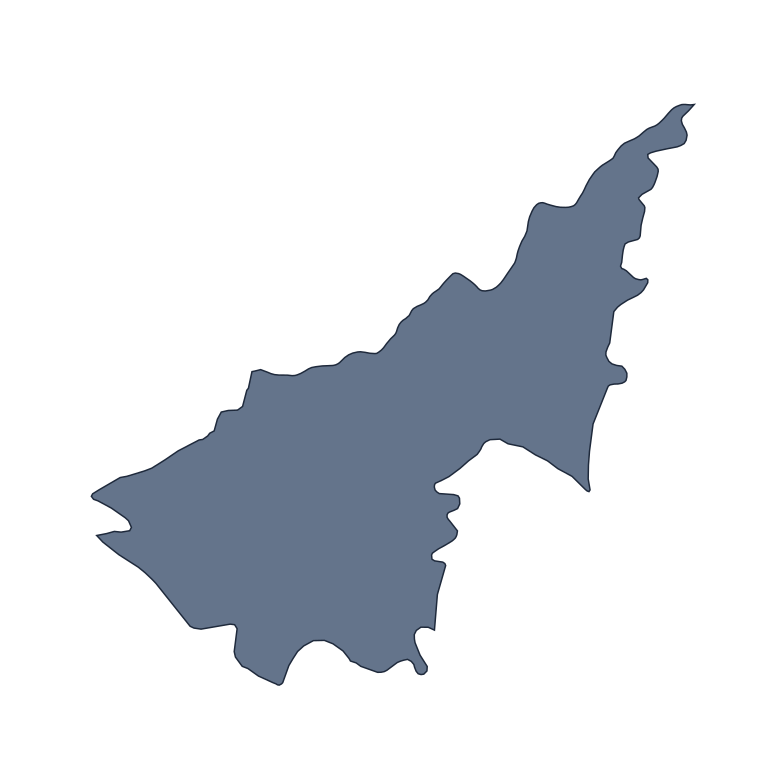 the district of Pajapita, San Marcos, Guatemala, rotated 186°
{"feature_id": "79465075B67367283540012", "entity_name": "Pajapita", "entity_type": "district", "adm_level": 2, "iso_a3": "GTM", "parent_name": "Guatemala", "parent_adm1": "San Marcos", "projection": "mercator", "projection_center": [-92.076, 14.718], "detail": "fine", "context": "isolated", "style": "filled", "palette": "slate", "viewbox_px": 768, "rotation_deg": 186, "n_neighbors": 0, "source": "geoboundaries", "source_scale": "gbopen_adm2", "svg_char_len": 5025}
<svg xmlns="http://www.w3.org/2000/svg" viewBox="0 0 768 768"><g transform="rotate(186 384 384)"><path d="M104.7,694.4L108.2,693.6L111.5,693.5L113.5,693.5L115.4,693.3L117.1,693.0L118.9,692.2L122.2,690.5L124.5,688.9L126.6,686.8L129.6,682.8L133.0,677.8L134.8,675.5L137.6,672.2L139.6,670.3L141.7,668.8L144.0,667.7L147.0,666.2L149.3,664.6L152.1,661.8L156.2,657.4L158.3,655.7L160.6,654.0L165.4,651.3L170.0,648.6L173.0,645.6L174.3,643.7L176.1,641.0L177.7,638.2L178.3,636.4L178.9,634.6L179.9,632.4L182.0,630.5L184.2,628.7L189.5,624.6L191.5,622.7L193.5,620.5L196.5,617.1L198.1,614.4L201.1,608.9L203.8,602.3L205.1,598.4L206.5,594.7L208.2,591.4L209.7,588.2L211.4,584.3L212.6,582.5L214.0,581.1L216.3,580.0L218.9,579.1L222.0,578.6L227.0,578.2L231.4,578.4L237.2,579.3L240.9,580.0L243.0,580.6L245.0,580.9L246.7,580.7L249.0,579.9L250.9,578.3L253.3,575.0L254.8,571.4L256.6,565.6L257.4,560.7L257.8,551.3L258.5,548.8L259.5,545.5L261.8,540.5L263.5,535.0L264.6,530.4L265.1,527.2L265.5,523.0L266.2,519.8L266.7,518.0L269.7,512.4L272.7,506.9L274.7,503.1L276.2,500.3L278.4,496.7L280.4,494.2L282.4,492.0L285.9,489.4L287.9,488.5L292.9,487.1L296.2,487.0L298.3,487.6L300.5,489.1L301.7,490.3L303.9,492.1L306.0,493.6L309.1,495.6L312.4,497.4L316.4,499.6L319.3,501.0L321.3,501.6L324.7,501.8L327.0,500.9L328.1,499.6L329.2,498.3L332.8,493.7L334.8,491.0L336.1,489.1L337.4,487.0L339.2,484.3L341.8,482.0L344.2,480.0L345.7,478.4L347.6,475.7L348.4,473.9L349.2,472.2L351.2,469.7L352.8,468.3L356.1,466.3L359.1,464.7L362.7,462.0L364.2,459.7L365.4,456.5L366.2,454.6L367.4,453.4L369.2,451.4L371.6,449.5L373.4,447.5L375.1,444.8L376.3,441.2L377.0,437.6L377.6,435.6L378.7,433.7L382.1,429.7L385.6,424.5L388.2,420.0L390.1,417.5L392.4,415.3L394.4,413.7L396.2,413.3L401.3,413.1L406.0,413.5L410.8,413.6L413.6,413.1L418.3,411.5L422.2,409.3L425.8,406.2L428.0,403.5L430.4,400.6L431.9,399.3L434.0,398.0L436.6,397.1L443.2,396.1L447.3,395.5L453.4,394.1L457.7,392.8L460.7,391.1L463.9,388.6L467.9,385.8L471.3,384.0L473.3,383.2L476.1,382.7L481.1,382.7L489.5,381.9L493.9,381.9L497.6,382.5L500.9,383.5L508.2,385.4L514.0,383.3L516.6,382.5L518.4,365.6L519.8,363.4L522.3,346.9L527.0,342.7L536.1,341.4L542.9,339.1L546.0,331.6L548.0,319.6L552.2,316.8L553.9,313.9L558.5,309.9L562.1,309.0L564.0,307.7L571.9,302.5L573.8,301.2L581.7,296.0L594.1,285.5L606.2,276.0L613.1,272.5L630.1,265.3L636.6,263.4L656.3,249.0L662.3,244.3L663.3,241.7L660.8,239.0L656.3,237.9L642.2,232.1L627.5,224.0L623.8,221.3L620.2,215.0L621.6,211.5L630.0,209.2L636.8,209.2L644.1,206.3L653.9,203.3L647.1,197.4L629.8,186.5L609.3,176.2L601.8,171.3L594.0,165.3L590.1,162.0L551.5,122.8L547.5,121.4L540.3,121.1L511.9,129.1L507.4,129.0L504.5,125.3L505.0,102.2L503.2,96.9L495.5,88.4L489.6,86.8L478.3,80.4L463.3,75.4L460.1,74.5L458.5,73.7L456.7,73.6L454.6,75.0L453.5,76.4L449.2,94.0L445.8,101.4L442.0,108.9L436.5,115.1L427.4,121.4L416.5,122.8L407.6,120.3L396.8,114.2L390.0,107.3L388.4,105.0L382.5,103.7L377.6,100.8L360.3,96.6L356.9,97.0L353.7,98.0L351.2,99.6L341.7,108.4L338.6,110.1L335.5,111.4L331.8,112.6L327.9,111.0L325.0,108.2L324.0,105.5L322.0,101.7L319.7,99.4L316.8,98.9L314.1,99.6L311.3,103.1L311.5,107.6L319.8,118.1L326.1,130.0L327.1,133.6L327.7,138.0L326.1,142.3L321.9,146.0L314.6,146.7L308.1,144.5L308.9,180.3L303.7,209.9L304.7,211.8L306.9,213.0L315.2,213.4L318.0,214.8L318.8,218.9L318.2,220.8L315.9,222.9L312.5,225.8L305.9,230.4L300.1,234.8L298.6,236.3L297.0,238.2L296.3,239.8L295.8,241.7L295.6,245.6L304.6,254.9L305.9,256.1L307.3,258.0L307.6,260.5L306.9,262.3L305.6,263.4L301.2,265.7L297.8,267.8L296.1,272.7L297.0,278.3L298.7,280.5L303.2,281.3L317.6,280.8L320.2,282.2L322.1,283.9L323.2,286.8L323.2,289.1L322.5,290.7L316.1,294.5L309.7,298.7L299.7,307.9L291.9,316.4L284.0,323.7L282.2,326.8L280.9,329.4L280.2,331.8L278.6,335.2L276.8,337.2L272.8,339.7L262.9,341.3L254.4,337.5L239.3,336.0L225.9,329.3L213.4,324.7L202.3,318.0L187.3,311.8L172.8,300.2L170.9,298.9L168.9,298.4L168.0,300.2L171.0,310.9L172.2,324.7L172.6,338.6L171.9,366.1L161.4,403.3L160.7,405.4L159.0,406.8L155.1,408.0L151.3,408.5L147.3,409.7L144.9,411.3L143.7,412.8L143.2,416.4L143.6,420.1L146.0,423.8L149.3,426.6L154.6,426.8L159.3,427.8L162.7,430.0L165.2,433.7L166.4,436.0L166.6,439.1L165.3,444.2L163.8,448.4L163.0,480.0L159.8,484.8L156.7,487.9L150.5,492.9L145.0,496.3L141.1,498.8L137.9,501.8L135.7,504.8L132.3,512.3L132.5,515.2L134.2,516.5L137.4,515.1L139.5,514.4L141.8,514.5L144.9,515.0L147.0,516.0L149.5,517.9L152.4,520.1L154.8,521.9L157.5,523.2L159.6,523.7L161.1,525.9L160.3,529.8L160.3,537.3L160.1,542.0L159.6,545.6L158.9,548.5L155.8,550.8L146.8,554.3L145.3,556.0L144.7,558.1L144.9,568.7L144.0,576.2L142.9,582.8L143.0,586.7L143.8,588.4L148.2,592.7L149.7,594.2L150.3,595.7L147.2,599.6L138.8,605.6L137.5,607.5L136.3,610.5L135.6,612.8L134.1,619.0L133.5,624.1L133.9,626.3L135.5,628.4L145.0,636.4L145.7,639.9L143.0,641.8L137.7,644.0L127.4,647.4L117.2,650.5L113.8,652.2L110.6,654.5L109.0,658.0L108.6,663.2L109.6,666.2L112.0,670.1L114.4,673.4L115.8,676.9L115.7,679.7L114.7,681.6L109.7,687.5L104.7,694.4Z" fill="#64748b" stroke="#1e293b" stroke-width="1.5"/></g></svg>